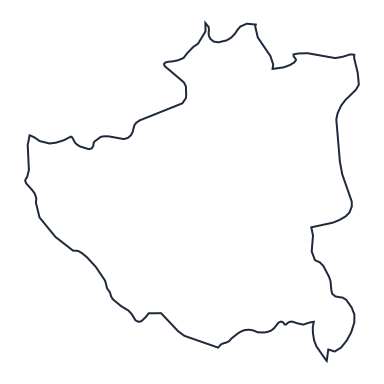 the County of Dibër
{"feature_id": "ALB-1526", "entity_name": "Dibër", "entity_type": "County", "adm_level": 1, "iso_a3": "ALB", "parent_name": "Albania", "parent_adm1": "", "projection": "equal_earth", "projection_center": [20.235, 41.61], "detail": "fine", "context": "isolated", "style": "outline", "palette": "slate", "viewbox_px": 384, "rotation_deg": 0, "n_neighbors": 0, "source": "natural_earth", "source_scale": "10m", "svg_char_len": 2352}
<svg xmlns="http://www.w3.org/2000/svg" viewBox="0 0 384 384"><path d="M353.9,313.3L354.4,314.6L354.3,322.5L351.2,332.3L346.9,340.3L341.1,347.6L334.7,351.5L328.3,349.5L326.7,361.0L326.5,360.8L316.5,346.5L314.1,340.5L312.9,332.7L312.8,326.9L313.8,321.8L309.6,322.5L303.3,324.6L297.6,323.4L292.2,321.6L289.5,321.9L287.7,322.9L286.4,324.3L284.8,324.6L282.7,322.0L280.8,321.6L278.4,322.7L274.0,328.3L271.1,330.6L267.9,331.8L264.3,332.5L257.8,332.3L252.9,330.3L248.8,329.7L244.7,330.1L241.0,331.5L237.7,333.5L231.1,338.8L229.7,340.6L228.0,341.8L226.4,342.5L223.6,343.3L222.0,343.9L220.8,344.6L218.1,347.6L184.3,335.8L178.1,331.2L161.1,313.2L148.6,313.3L146.1,316.7L141.3,321.3L138.3,321.8L135.5,320.3L131.6,314.0L128.4,310.5L120.9,306.0L112.7,299.1L111.2,296.6L110.5,294.4L110.0,292.4L107.4,288.8L106.7,287.1L106.2,284.6L105.1,280.7L95.8,266.9L87.1,257.4L81.9,253.1L78.1,250.9L73.0,250.6L55.4,236.9L39.5,217.4L35.9,202.6L36.3,198.4L34.9,193.9L32.7,190.7L26.1,183.3L25.2,180.8L25.8,178.8L27.1,177.2L28.9,169.9L27.7,145.1L29.6,135.3L31.1,135.8L34.7,137.6L39.8,141.1L49.6,143.5L55.9,142.7L63.9,140.2L70.9,136.6L72.3,137.5L75.0,142.6L76.8,144.4L79.9,146.4L88.9,149.2L91.8,148.3L93.3,145.9L93.5,143.7L93.9,142.2L95.3,140.9L100.8,136.9L103.7,136.3L108.4,136.3L123.9,139.1L127.9,137.9L130.8,135.4L132.5,132.3L134.4,125.3L136.2,122.8L139.6,120.4L182.4,103.3L185.9,98.1L186.2,94.6L185.9,86.4L183.9,82.4L164.7,66.1L164.0,64.1L165.0,62.7L167.9,61.8L172.5,61.4L178.0,60.3L183.5,58.0L187.5,52.9L193.2,47.0L198.1,43.6L205.5,31.4L205.4,23.0L208.7,27.1L208.9,28.8L208.9,30.9L208.6,32.9L208.9,35.8L210.3,38.8L213.7,41.6L218.5,42.3L226.6,40.4L231.3,37.5L235.0,33.7L237.5,29.8L240.4,26.5L246.9,23.7L255.8,24.6L255.2,26.4L257.8,37.5L270.4,56.0L273.2,64.5L272.6,68.9L283.5,67.4L289.8,65.1L294.3,62.4L296.1,59.8L294.9,57.9L293.6,56.3L293.5,54.4L298.4,53.5L307.6,53.2L335.2,58.1L342.6,56.8L350.3,54.4L354.1,54.7L354.3,54.8L354.1,57.9L357.7,72.7L358.5,80.9L358.8,84.7L355.9,89.8L345.6,99.8L341.2,105.5L337.6,113.3L336.3,119.5L339.9,161.7L342.2,174.2L351.7,201.4L351.8,205.3L351.8,206.5L349.4,212.6L345.6,216.4L339.6,219.9L333.1,222.6L311.3,227.3L313.0,235.6L311.7,251.4L314.9,260.1L319.9,262.4L323.3,265.9L328.1,275.0L329.0,276.6L330.5,281.1L331.4,290.7L332.3,293.9L335.5,296.5L342.9,297.7L346.3,299.9L351.6,307.4L353.9,313.3Z" fill="none" stroke="#1e293b" stroke-width="2"/></svg>